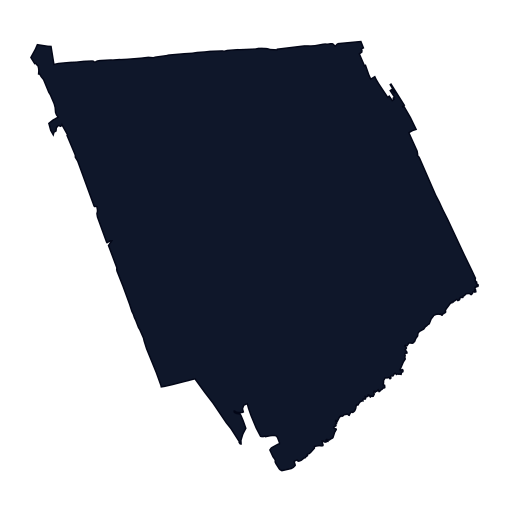 the district of Perieti, Olt, Romania, rotated 89°
{"feature_id": "2599482B88325539322464", "entity_name": "Perieti", "entity_type": "district", "adm_level": 2, "iso_a3": "ROU", "parent_name": "Romania", "parent_adm1": "Olt", "projection": "robinson", "projection_center": [24.585, 44.417], "detail": "fine", "context": "isolated", "style": "filled", "palette": "ink", "viewbox_px": 512, "rotation_deg": 89, "n_neighbors": 0, "source": "geoboundaries", "source_scale": "gbopen_adm2", "svg_char_len": 5978}
<svg xmlns="http://www.w3.org/2000/svg" viewBox="0 0 512 512"><g transform="rotate(89 256 256)"><path d="M446.7,192.4L445.8,192.3L444.9,192.7L442.2,193.3L442.0,192.1L443.1,191.1L443.3,189.3L442.9,189.0L441.5,189.4L440.7,188.7L440.7,188.3L442.1,188.1L442.6,187.8L442.6,187.3L441.3,187.2L441.2,186.9L441.3,185.9L440.5,184.9L439.3,182.6L438.8,182.2L433.2,180.3L432.9,179.9L431.9,179.5L431.1,178.8L430.4,178.9L429.7,180.7L429.0,181.2L428.1,181.0L427.2,179.1L426.9,179.0L425.4,179.5L425.0,178.4L424.0,178.5L423.1,179.2L421.9,179.2L421.9,178.6L422.9,177.7L418.1,175.1L418.0,174.1L417.2,173.7L417.7,172.6L417.4,171.9L416.1,170.5L416.0,168.7L415.6,167.9L415.8,167.1L416.7,166.2L416.9,165.6L415.0,164.7L414.1,163.9L413.7,163.3L414.1,162.0L413.2,160.7L412.3,159.9L410.3,159.0L407.7,158.5L406.3,157.8L406.3,157.4L406.8,156.9L406.5,156.3L405.4,156.0L404.2,154.8L403.3,154.3L403.2,153.4L402.6,152.5L402.8,151.6L401.3,151.5L400.8,151.2L401.0,149.5L400.8,149.1L399.8,148.8L398.9,149.4L398.3,149.3L398.8,148.3L398.3,146.7L398.0,146.4L397.1,146.5L396.9,145.9L397.1,145.2L398.9,144.3L399.0,144.1L397.8,143.4L398.4,142.6L398.3,141.3L396.5,140.3L396.0,140.2L394.6,140.8L393.2,140.3L393.3,139.9L394.2,139.2L393.4,138.6L393.4,137.6L393.3,137.4L391.9,136.4L391.8,136.2L393.5,135.5L393.7,135.4L393.7,135.1L392.6,133.8L392.0,133.4L391.5,132.3L390.4,131.4L390.0,129.7L389.5,129.5L387.5,129.7L386.9,131.1L386.4,131.1L385.3,130.7L382.6,130.6L380.0,128.9L380.2,127.2L379.8,125.4L380.3,124.7L381.0,124.3L381.0,123.8L380.3,123.2L378.9,123.6L378.6,123.5L378.2,122.8L378.3,121.2L375.9,119.6L375.7,119.1L375.7,118.7L376.9,117.7L376.3,116.2L376.7,115.4L376.6,114.6L376.9,113.0L375.2,112.6L374.7,112.1L374.3,111.2L373.3,111.0L372.5,111.2L372.1,111.7L372.4,112.5L373.0,113.2L373.0,113.7L372.0,113.9L364.6,110.6L361.6,108.6L359.7,109.0L358.2,108.6L356.7,109.0L355.7,108.3L355.6,108.0L355.8,106.9L355.6,106.8L354.8,106.8L352.3,108.5L351.3,107.6L350.6,107.2L349.9,107.6L348.9,108.6L348.1,108.6L347.9,108.4L348.3,107.9L348.3,106.5L345.8,104.8L345.6,103.8L345.9,101.6L345.9,100.9L345.3,99.9L344.3,99.3L344.2,98.9L341.3,97.7L338.8,95.8L336.4,95.5L335.4,95.0L334.2,93.8L332.0,89.6L329.4,87.7L329.0,86.8L327.7,85.5L326.8,84.0L322.0,82.0L319.3,79.8L318.5,79.4L317.5,76.9L317.3,74.7L317.5,73.6L317.4,72.4L318.3,71.6L318.4,70.9L317.4,70.5L317.0,69.5L316.3,68.7L316.2,68.2L315.2,67.3L314.4,67.8L312.4,66.9L306.2,62.1L306.3,61.0L305.4,60.7L305.5,59.6L304.6,58.8L304.2,58.0L303.0,56.4L302.9,56.0L304.1,54.9L303.4,53.4L302.9,53.1L302.1,53.3L301.2,52.1L300.7,51.7L301.1,50.9L301.0,49.9L299.4,49.4L299.4,48.7L299.2,48.4L297.4,46.5L297.2,43.7L297.5,42.7L298.3,41.8L298.3,41.3L297.0,40.2L295.5,39.6L295.4,39.1L295.9,38.1L295.7,36.9L295.0,36.8L294.5,37.9L294.1,38.1L293.6,37.1L292.1,37.7L291.3,37.6L291.1,37.5L291.1,36.7L289.8,35.8L289.9,35.1L290.3,34.8L289.8,34.4L288.6,34.5L287.2,36.3L286.3,35.8L285.8,35.9L285.4,37.0L284.5,37.0L284.0,37.4L281.9,37.0L281.4,37.5L281.0,37.5L274.9,40.2L258.1,48.0L222.5,63.9L213.2,68.4L205.2,71.9L198.4,75.3L161.5,90.6L159.9,91.4L157.9,93.1L157.2,92.6L153.9,93.1L135.8,100.9L135.3,100.9L133.9,98.4L133.2,97.0L132.2,93.7L120.3,99.2L109.0,105.5L109.7,106.5L109.0,106.9L107.9,105.1L86.5,118.0L87.1,118.8L94.8,114.2L95.4,115.0L91.8,117.2L93.0,118.9L99.6,114.7L100.6,116.1L101.7,115.3L103.0,117.1L98.5,120.0L99.8,121.5L85.6,130.6L81.5,132.9L78.8,134.1L81.2,138.2L76.8,140.1L67.3,143.2L67.9,144.2L55.7,149.2L54.0,146.7L52.5,146.5L50.8,147.1L49.8,145.0L43.4,147.4L45.1,170.0L45.6,171.1L47.5,172.9L47.4,173.4L45.4,175.4L45.1,176.2L45.1,177.9L45.5,180.5L45.5,181.6L45.3,182.9L45.5,185.4L46.8,193.3L47.0,197.3L46.8,203.9L49.6,231.0L50.0,231.0L50.3,231.5L49.8,238.4L49.1,240.5L48.8,242.1L48.5,247.1L48.5,249.9L49.1,252.9L49.5,268.8L49.4,270.8L50.0,281.1L50.8,284.3L50.4,286.2L50.6,298.4L51.1,303.4L51.5,311.3L52.2,316.2L52.5,323.7L53.6,339.9L54.1,341.8L55.4,353.0L56.0,355.2L55.5,360.2L56.2,367.1L57.1,381.5L57.3,387.6L57.2,389.3L57.6,395.6L57.5,398.2L57.9,408.9L58.3,411.4L59.5,413.6L59.4,414.0L58.3,415.5L58.2,417.0L58.4,424.8L59.1,432.4L59.2,438.2L59.6,443.8L60.1,450.3L61.0,454.7L42.9,457.3L42.7,460.5L40.9,470.9L45.5,473.0L53.6,477.6L59.8,473.9L59.4,473.0L59.6,472.6L60.8,472.1L61.6,471.0L62.0,470.7L64.2,470.1L67.1,469.9L70.2,470.2L70.5,468.9L72.8,467.7L75.9,465.3L88.7,460.3L91.2,458.8L100.3,455.1L104.0,454.2L108.9,453.9L111.4,453.0L113.7,451.3L116.6,456.7L119.8,460.8L126.9,459.0L131.3,456.6L128.7,455.9L127.5,453.8L124.4,453.4L122.6,452.0L122.1,451.1L122.9,449.1L122.5,448.5L121.2,447.8L131.5,442.3L132.2,442.8L151.2,435.2L152.2,434.9L154.1,434.9L158.0,432.6L203.2,417.0L203.7,416.6L203.6,414.8L204.0,414.2L207.1,413.7L208.6,413.7L210.9,414.3L214.3,413.8L239.6,405.1L240.1,404.7L238.2,401.2L238.3,399.9L242.9,403.3L265.4,395.3L267.0,395.5L268.7,395.2L284.1,389.4L302.0,383.2L309.3,381.0L312.0,379.7L315.5,378.6L318.3,377.3L325.5,374.7L327.5,373.5L336.1,369.9L339.0,369.3L346.8,367.0L370.8,357.7L383.7,353.3L385.2,353.0L384.8,350.0L383.2,342.3L377.7,319.2L391.7,309.4L402.2,301.6L422.2,288.6L428.0,284.1L441.5,275.8L442.0,276.1L442.7,275.7L443.5,275.1L443.7,274.5L443.7,274.2L440.0,274.3L435.0,272.7L433.4,272.1L428.1,269.2L420.6,271.7L415.3,273.8L413.7,274.7L413.0,278.9L411.9,280.4L411.1,280.6L410.6,280.5L410.8,279.8L411.9,277.9L412.3,274.2L412.2,272.7L411.8,271.6L411.7,271.4L408.5,272.2L406.1,271.3L404.8,270.6L403.5,267.3L408.2,266.1L415.5,263.7L427.9,258.8L436.3,254.6L436.6,253.7L436.7,252.0L436.3,250.1L436.8,249.7L435.8,244.1L435.8,240.5L436.3,238.7L438.0,237.6L443.0,235.8L444.2,235.9L444.6,237.3L447.6,243.0L448.3,244.1L450.2,245.5L457.0,242.5L460.2,240.3L462.3,240.4L464.1,239.6L469.3,236.4L470.1,235.6L471.1,233.9L469.1,224.4L467.9,222.3L466.1,220.5L465.1,220.6L462.5,221.4L461.9,221.3L460.7,218.7L461.0,218.0L461.8,217.6L461.9,217.3L461.7,216.1L461.0,214.3L458.8,211.5L458.6,210.4L457.6,209.6L456.5,208.0L455.4,208.3L455.1,208.0L454.5,206.3L453.4,204.9L449.2,201.0L447.5,200.9L447.0,198.7L446.7,196.2L447.0,193.3L446.7,192.4Z" fill="#0f172a" stroke="#020617" stroke-width="1.5"/></g></svg>